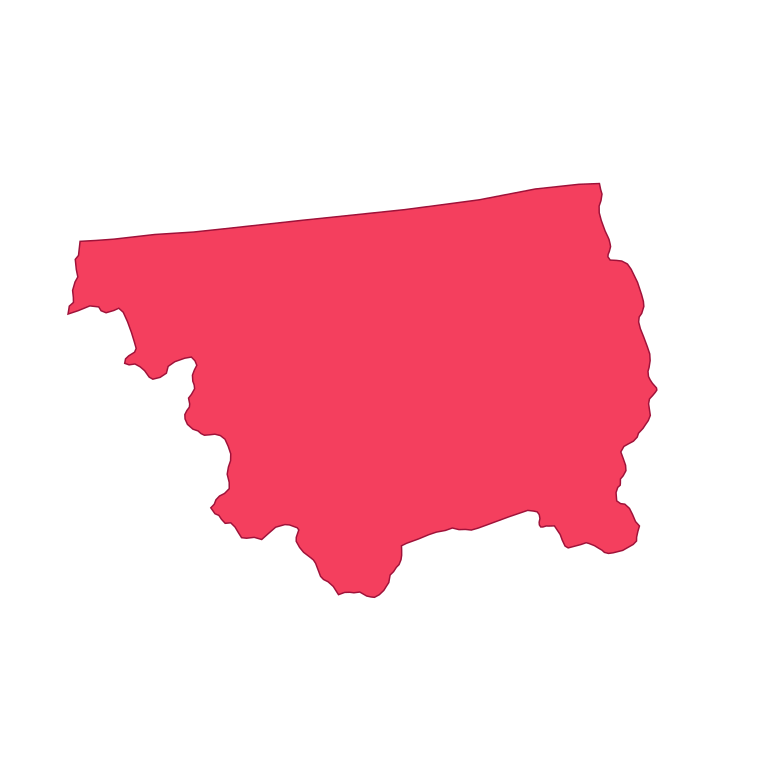 HaSharon, HaMerkaz, Israel, rotated 70°
{"feature_id": "584046B61571705909900", "entity_name": "HaSharon", "entity_type": "district", "adm_level": 2, "iso_a3": "ISR", "parent_name": "Israel", "parent_adm1": "HaMerkaz", "projection": "natural_earth1", "projection_center": [34.955, 32.299], "detail": "fine", "context": "isolated", "style": "filled", "palette": "rose", "viewbox_px": 768, "rotation_deg": 70, "n_neighbors": 0, "source": "geoboundaries", "source_scale": "gbopen_adm2", "svg_char_len": 3158}
<svg xmlns="http://www.w3.org/2000/svg" viewBox="0 0 768 768"><g transform="rotate(70 384 384)"><path d="M210.2,657.0L210.5,646.5L210.0,633.7L214.0,625.7L218.4,624.8L222.0,620.8L222.5,612.8L222.1,607.3L227.4,604.5L237.8,603.7L249.3,603.7L258.9,604.2L265.8,604.7L268.8,607.5L270.2,614.2L272.0,618.3L275.9,620.6L278.8,617.0L280.0,611.2L284.4,607.3L289.6,604.4L297.2,602.3L300.4,599.6L301.2,592.1L299.4,584.8L293.6,580.8L291.5,572.9L291.6,562.4L292.8,555.8L297.5,553.7L302.4,553.5L306.1,557.5L310.2,561.0L315.9,562.7L320.0,562.7L323.7,563.6L327.9,568.5L330.4,572.5L336.3,573.4L339.2,574.8L341.5,578.3L344.6,581.6L348.8,582.9L354.7,582.5L361.1,579.0L364.5,574.8L368.0,572.9L370.7,570.3L372.2,564.8L373.3,560.1L376.5,555.4L381.5,552.3L389.1,551.7L397.2,551.9L403.6,554.4L408.8,558.6L415.1,562.2L423.5,563.1L429.4,565.2L432.3,571.3L433.0,576.9L435.3,581.5L438.9,584.6L441.1,589.1L448.1,587.2L451.0,584.1L455.6,583.0L460.6,580.9L462.0,575.5L467.5,572.9L473.8,571.7L479.7,570.4L481.9,565.9L483.7,558.4L488.3,552.1L485.2,544.4L481.5,534.8L482.2,525.2L484.1,521.0L489.4,514.7L492.0,514.0L498.1,518.9L501.8,520.3L508.7,519.2L514.7,517.1L519.8,513.8L525.2,510.5L529.1,509.6L543.1,509.4L547.0,507.7L550.7,504.2L556.9,500.9L566.4,498.8L566.4,498.3L566.4,492.2L568.0,487.4L569.9,483.7L571.2,477.9L577.3,472.8L579.7,469.0L581.2,465.9L580.4,460.5L577.9,454.8L575.0,451.1L572.2,447.4L565.6,443.6L563.6,439.2L560.5,435.1L558.8,431.6L554.9,428.1L551.0,426.0L546.0,424.2L542.0,422.9L541.4,417.3L541.4,404.6L540.9,393.3L541.1,385.4L542.6,376.4L542.7,369.0L546.5,363.3L548.5,357.2L551.1,351.9L551.6,344.9L551.6,335.3L551.5,312.0L551.9,292.2L554.5,287.0L556.5,283.8L559.8,282.8L563.8,283.5L567.0,285.5L569.6,286.2L572.0,285.6L572.7,283.6L572.9,280.1L573.8,277.9L575.6,272.4L585.7,269.9L591.6,269.9L598.2,269.3L601.0,267.0L601.4,262.8L602.2,253.9L602.3,248.3L603.9,246.0L607.9,241.5L612.3,238.0L614.7,236.0L617.6,234.5L620.0,231.0L621.0,226.4L622.0,216.6L620.0,204.7L617.9,200.4L614.3,199.0L609.4,195.9L604.8,192.5L599.3,194.7L591.6,195.1L584.8,195.9L579.3,198.8L577.3,202.6L573.4,205.3L565.4,203.1L561.1,199.7L559.9,196.7L558.3,195.9L554.1,194.3L552.1,190.7L548.2,186.3L543.0,184.8L536.0,184.7L528.8,184.7L524.7,179.9L523.9,175.2L523.0,169.1L520.5,164.2L517.3,161.7L514.3,155.8L512.2,153.0L508.8,148.2L504.6,144.5L497.3,143.0L493.0,142.1L488.8,139.6L486.6,135.3L484.6,131.9L483.0,129.7L480.9,129.3L475.0,131.6L471.1,132.5L467.4,132.9L462.4,131.6L459.2,129.3L453.0,125.9L446.6,124.0L439.0,123.8L428.4,123.9L419.7,124.2L412.8,123.5L408.3,121.3L405.8,117.7L400.0,113.3L395.1,112.0L388.3,111.4L375.2,111.0L360.8,112.5L354.5,114.2L349.8,118.5L347.4,123.2L344.9,129.1L341.0,130.1L338.8,129.0L336.6,127.0L332.4,124.1L329.5,123.6L325.1,123.1L322.2,123.3L315.8,123.9L310.2,123.9L304.6,123.9L296.7,123.2L290.4,121.0L285.9,117.4L280.1,114.2L275.3,113.9L269.3,113.0L263.0,132.6L252.5,175.1L243.4,231.9L227.2,305.0L202.3,404.4L182.3,485.9L176.0,511.2L165.1,548.3L155.5,588.3L150.7,605.2L146.0,620.8L158.7,627.1L161.3,631.5L171.3,634.0L178.7,635.1L182.4,639.4L189.5,644.6L196.4,646.3L201.1,647.9L203.2,653.1L207.2,655.3L210.2,657.0Z" fill="#f43f5e" stroke="#9f1239" stroke-width="1.5"/></g></svg>